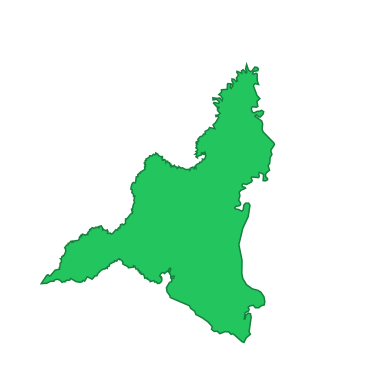 outline of Selaphum, Roi Et, Thailand, rotated 201°
{"feature_id": "78962969B97010447332872", "entity_name": "Selaphum", "entity_type": "district", "adm_level": 2, "iso_a3": "THA", "parent_name": "Thailand", "parent_adm1": "Roi Et", "projection": "robinson", "projection_center": [104.072, 16.013], "detail": "fine", "context": "isolated", "style": "filled", "palette": "green", "viewbox_px": 384, "rotation_deg": 201, "n_neighbors": 0, "source": "geoboundaries", "source_scale": "gbopen_adm2", "svg_char_len": 6033}
<svg xmlns="http://www.w3.org/2000/svg" viewBox="0 0 384 384"><g transform="rotate(201 192 192)"><path d="M180.6,325.4L183.1,326.2L186.7,330.6L186.1,326.2L183.8,323.7L184.0,322.5L185.2,322.5L185.6,323.5L188.1,324.5L189.2,322.9L188.1,320.8L193.3,320.8L193.1,319.8L190.5,318.0L191.4,314.3L189.4,311.7L190.4,311.0L192.9,312.3L195.2,311.9L194.6,310.1L192.2,308.0L193.1,306.4L191.9,305.8L192.5,302.7L193.7,303.1L194.4,307.0L197.3,306.1L197.6,305.4L195.9,300.5L201.2,298.0L200.2,295.8L201.9,292.5L199.7,292.3L196.8,290.1L196.6,287.9L199.8,289.8L202.0,288.4L206.3,287.5L205.4,285.5L202.3,287.3L198.8,285.9L198.5,285.2L199.3,284.1L203.5,283.6L203.8,282.7L199.0,280.2L197.3,280.8L197.1,279.7L198.1,278.7L197.2,277.1L193.9,275.5L195.3,273.2L197.4,272.1L196.6,271.0L195.4,272.1L193.8,271.2L194.9,265.2L196.4,262.2L193.3,259.2L198.8,258.5L198.9,256.2L201.5,253.3L200.4,250.9L202.0,250.2L202.3,247.9L204.2,246.7L205.4,243.3L204.1,242.2L205.9,240.4L205.9,239.2L205.3,238.9L204.6,240.1L204.1,238.6L204.8,238.2L204.7,236.9L203.7,235.8L204.2,234.6L202.1,234.0L201.9,232.3L202.9,231.3L201.3,230.6L202.6,228.5L201.3,228.9L200.7,227.4L201.0,226.3L199.2,225.9L199.9,227.1L196.7,229.7L197.2,232.2L196.0,232.2L196.2,231.1L194.8,231.3L195.1,232.7L194.3,233.9L193.3,232.7L193.8,231.6L193.0,231.8L192.0,230.8L192.0,226.8L194.1,226.5L193.5,225.6L194.2,222.9L195.5,222.5L195.4,221.5L197.6,219.3L197.9,217.9L196.9,215.6L198.4,216.6L198.5,214.5L200.1,215.6L202.1,213.7L201.6,210.6L202.7,212.2L205.9,210.7L209.8,211.2L211.0,210.3L213.3,211.1L213.0,210.3L214.5,208.8L214.9,209.9L216.6,209.5L218.1,210.7L218.8,208.9L220.4,209.5L220.5,208.0L222.0,209.5L221.9,210.4L223.0,210.4L223.4,211.3L225.1,211.1L225.8,212.0L226.8,211.3L226.9,210.3L227.6,211.7L229.1,212.5L230.6,212.0L230.3,211.3L230.9,211.1L232.4,213.2L231.9,213.6L232.4,214.5L233.9,213.8L236.3,214.0L237.5,215.1L239.8,215.5L239.3,213.9L241.6,213.3L242.3,211.3L244.5,210.7L244.6,208.7L246.8,206.2L246.0,205.1L246.9,204.5L246.4,202.7L247.0,202.0L246.2,201.0L245.2,201.2L245.3,198.8L244.7,198.8L245.1,198.0L244.1,196.2L247.2,192.2L247.0,191.1L247.6,191.2L248.9,188.7L248.1,187.0L249.5,186.1L248.2,181.2L248.6,179.9L249.8,180.1L250.7,179.0L250.9,176.9L250.2,172.8L248.4,172.4L248.0,169.9L245.8,168.9L245.0,166.9L243.9,167.6L243.3,163.3L241.8,161.6L242.3,160.0L241.6,154.7L242.3,154.3L241.6,153.1L240.3,152.6L240.8,151.7L240.0,150.8L241.4,149.4L243.0,144.0L244.4,143.0L242.8,138.7L244.3,136.7L245.7,137.1L247.0,135.8L246.6,134.0L247.2,133.0L246.6,132.6L247.9,131.7L247.8,129.6L249.5,129.6L251.3,124.7L252.4,123.7L253.5,124.4L256.0,123.1L256.3,124.4L256.8,123.8L256.3,124.9L257.6,126.3L258.3,125.2L260.5,125.0L261.5,125.6L261.9,124.8L262.3,126.0L264.5,127.9L266.0,126.9L266.1,125.3L267.1,125.9L267.7,124.9L269.2,124.7L270.2,123.0L272.3,123.0L273.4,121.0L273.0,120.5L274.1,120.2L273.7,118.9L274.7,117.0L274.0,114.9L275.1,114.9L275.9,113.5L279.2,113.4L279.1,112.0L279.9,112.0L279.8,111.1L280.2,111.6L280.9,109.0L280.3,108.3L280.8,106.1L284.6,104.0L284.9,102.6L285.9,102.1L286.1,103.3L287.6,102.4L288.0,100.6L289.3,99.6L288.8,98.3L290.0,97.5L290.9,94.3L289.6,93.5L288.5,90.8L288.9,86.3L289.5,86.4L290.3,85.0L290.1,83.1L290.8,82.5L289.9,82.3L288.8,79.8L289.6,78.2L288.5,75.2L288.8,73.7L287.9,72.6L291.8,70.0L294.1,63.2L294.9,62.5L296.8,63.2L297.8,62.0L299.9,52.4L294.8,54.8L292.3,57.8L289.0,59.1L288.6,60.8L286.5,62.3L283.4,62.3L280.9,61.0L279.3,62.7L278.4,62.5L277.5,64.6L274.5,65.9L274.2,67.9L268.5,66.8L264.4,67.5L262.6,68.6L261.9,70.5L260.3,70.3L259.4,75.3L254.0,74.8L252.5,78.8L250.7,79.8L250.7,82.1L248.8,86.3L247.1,88.3L245.8,88.8L245.0,90.4L243.7,90.3L244.1,92.0L242.7,93.2L243.1,94.6L242.5,95.9L239.4,99.0L239.7,100.2L237.5,100.4L237.3,102.2L236.7,103.0L235.6,102.8L235.5,103.7L231.8,102.2L230.6,99.9L225.0,99.4L224.2,98.4L219.5,101.0L220.1,102.2L218.5,102.1L216.8,100.0L214.8,100.6L214.3,99.3L213.1,99.7L212.7,98.5L211.5,98.7L211.7,97.8L209.9,97.9L209.8,97.1L208.3,97.8L206.7,96.8L205.3,94.7L204.8,95.3L203.5,94.8L202.7,95.6L202.0,94.7L199.6,94.3L199.0,93.3L195.7,95.7L194.5,94.5L192.9,95.4L191.6,94.2L189.6,95.1L188.4,97.6L188.9,100.0L189.9,100.8L189.6,102.1L190.4,101.1L190.9,101.9L192.0,101.8L192.0,104.0L191.0,105.9L189.6,106.6L188.6,105.9L186.7,109.2L185.6,109.0L185.9,111.4L185.5,112.9L184.8,113.1L184.2,112.6L184.2,108.3L182.1,106.8L181.0,104.1L180.5,104.1L179.8,106.5L178.5,107.1L178.1,105.0L179.9,103.5L178.9,101.2L180.6,99.5L181.6,93.5L179.6,90.0L175.1,87.0L174.6,85.7L153.6,84.9L151.4,82.8L146.8,81.7L144.4,79.0L137.1,78.2L130.5,76.4L124.8,73.5L124.6,70.8L121.4,69.8L118.6,71.0L115.2,69.7L111.3,73.3L107.8,74.6L104.5,73.1L103.4,74.2L101.8,74.0L91.7,70.2L89.6,70.1L89.1,75.4L86.5,80.1L88.6,81.9L91.9,96.3L93.8,99.3L96.1,99.1L97.6,96.5L96.9,92.7L97.6,92.1L99.2,98.4L96.5,101.2L96.6,102.9L98.3,104.5L96.8,106.7L94.1,108.2L91.3,106.6L88.0,108.0L86.7,110.6L84.1,112.4L84.8,115.9L87.2,119.9L91.8,123.2L95.2,123.8L101.0,123.2L107.9,125.0L113.5,129.4L116.3,133.8L120.8,146.1L129.4,159.7L131.6,176.5L130.7,189.1L133.1,200.3L135.1,201.9L138.0,200.8L138.9,198.4L137.8,193.6L138.7,191.9L142.3,192.4L145.4,191.7L146.4,192.4L146.1,194.1L142.8,196.2L142.1,197.7L142.9,199.3L145.5,201.1L145.9,205.6L147.9,208.8L146.8,211.3L143.4,214.7L144.1,215.3L147.0,215.1L147.7,216.1L147.4,218.0L143.7,218.6L140.0,222.7L139.9,224.3L141.7,226.1L141.6,227.4L135.0,229.3L134.9,230.8L136.4,233.3L135.9,234.5L131.5,234.1L129.7,228.1L127.6,228.6L125.9,230.4L126.2,231.5L128.7,232.8L129.6,234.7L129.5,236.5L127.4,240.1L130.4,243.9L129.7,246.5L131.4,252.3L130.8,255.7L133.4,259.0L132.0,265.8L133.2,267.2L147.2,273.6L149.1,275.9L150.4,280.8L152.4,283.3L160.4,285.3L159.8,287.1L156.5,286.1L155.2,286.4L153.6,290.0L153.8,292.6L156.4,293.2L157.7,291.7L160.2,290.6L162.5,288.0L164.2,288.2L165.9,290.1L166.6,291.7L166.1,293.3L162.3,294.2L161.2,295.5L163.9,299.9L162.1,303.5L166.0,305.5L172.6,313.0L172.6,314.6L171.8,315.9L168.4,316.2L170.9,319.1L173.4,325.5L174.8,325.9L176.7,323.9L177.9,324.2L177.7,326.7L174.0,328.8L174.2,330.8L175.9,331.6L178.1,331.2L179.4,326.4L180.6,325.4Z" fill="#22c55e" stroke="#15803d" stroke-width="1.5"/></g></svg>